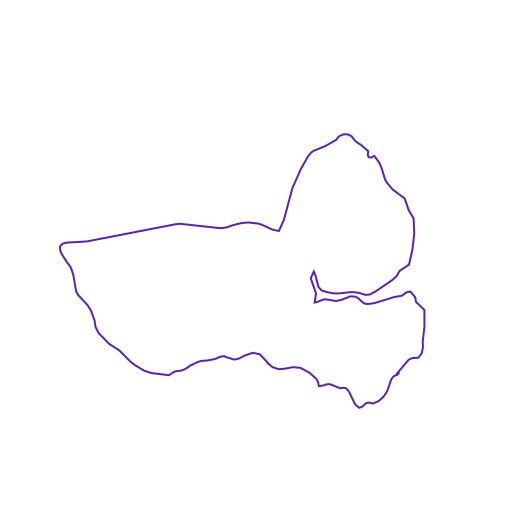 an SVG outline of Yangon, rotated 289°
{"feature_id": "MMR-3269", "entity_name": "Yangon", "entity_type": "Division", "adm_level": 1, "iso_a3": "MMR", "parent_name": "Myanmar", "parent_adm1": "", "projection": "orthographic", "projection_center": [96.162, 17.041], "detail": "fine", "context": "isolated", "style": "outline", "palette": "violet", "viewbox_px": 512, "rotation_deg": 289, "n_neighbors": 0, "source": "natural_earth", "source_scale": "10m", "svg_char_len": 2266}
<svg xmlns="http://www.w3.org/2000/svg" viewBox="0 0 512 512"><g transform="rotate(289 256 256)"><path d="M395.5,295.2L397.3,296.5L399.7,299.5L400.9,303.1L400.4,307.1L396.7,313.1L395.2,319.0L391.6,328.1L387.9,328.8L386.1,330.4L386.5,332.7L389.1,335.3L384.6,341.9L380.3,345.9L370.3,353.2L367.9,356.0L363.4,363.5L358.7,377.9L348.8,385.7L342.8,392.8L328.5,398.4L313.1,401.8L297.7,403.5L288.6,396.6L282.9,395.5L277.8,392.8L260.9,380.2L256.7,376.2L254.9,372.3L254.7,365.8L253.8,360.9L252.3,356.5L247.3,345.9L245.7,340.4L245.0,335.0L244.8,329.3L247.0,325.2L257.1,318.4L260.2,315.7L252.8,315.0L240.0,325.0L231.1,326.6L232.6,329.0L236.9,334.0L237.8,336.4L239.5,346.3L242.1,350.7L248.6,358.4L249.9,363.3L249.4,366.4L246.8,372.1L246.4,374.9L247.1,377.7L250.0,383.3L262.1,399.9L266.0,406.9L270.4,409.9L272.7,413.5L268.9,419.9L264.7,422.2L259.8,432.8L243.9,438.3L229.4,441.5L224.3,443.5L218.0,444.4L212.7,442.6L210.4,437.0L207.6,434.1L189.8,427.2L192.5,429.6L192.4,429.5L189.8,428.3L187.3,425.5L185.8,424.8L183.5,424.1L170.8,424.0L165.8,422.8L164.1,422.2L158.8,419.2L154.6,414.6L154.3,410.9L153.7,409.6L152.7,408.0L148.4,405.7L146.1,403.1L147.4,399.2L148.7,397.3L157.5,388.6L159.4,386.0L160.3,383.9L160.0,382.3L159.7,381.2L158.3,378.7L158.9,367.9L158.4,366.3L157.3,363.9L156.2,363.0L153.4,357.8L156.9,355.8L159.6,352.9L163.1,344.3L164.7,334.3L162.9,327.1L158.8,319.9L156.3,314.2L156.3,307.9L158.1,303.2L158.2,302.0L158.9,301.9L164.3,291.6L163.4,284.4L158.3,277.9L153.2,272.9L151.3,269.8L150.8,267.7L150.9,265.3L150.7,263.1L150.8,258.2L148.8,254.5L145.5,251.2L141.5,244.3L139.3,239.1L137.2,235.8L131.0,229.5L125.8,225.7L123.4,222.7L122.0,220.2L121.0,217.8L119.5,216.0L115.0,212.6L111.3,195.5L111.1,188.1L113.3,177.5L114.9,172.4L122.2,157.5L125.1,145.7L131.9,132.3L136.7,127.3L142.4,124.4L150.6,117.8L154.7,112.7L161.0,100.9L164.1,97.4L178.5,89.5L182.7,86.4L185.6,83.7L188.9,78.8L195.3,70.9L198.4,68.5L201.3,67.6L203.6,68.5L205.1,69.7L206.9,72.4L214.6,91.1L259.9,169.7L261.8,174.0L270.6,212.9L272.1,216.4L273.9,219.5L277.5,224.0L282.4,231.5L285.2,237.8L287.4,247.6L287.5,251.1L286.3,263.0L287.1,269.5L299.6,270.6L331.9,268.3L353.7,270.2L367.2,272.8L370.4,273.9L372.6,275.0L374.6,276.7L382.6,285.8L391.8,293.9L395.5,295.2Z" fill="none" stroke="#5b21b6" stroke-width="2"/></g></svg>